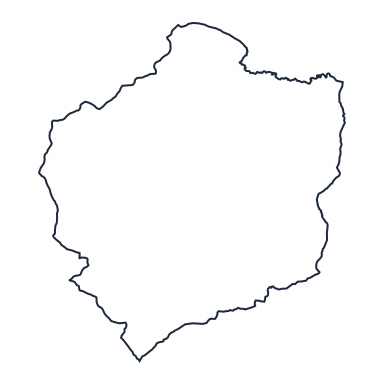 the district of Soveja, Vrancea, Romania
{"feature_id": "2599482B26543167890011", "entity_name": "Soveja", "entity_type": "district", "adm_level": 2, "iso_a3": "ROU", "parent_name": "Romania", "parent_adm1": "Vrancea", "projection": "equal_earth", "projection_center": [26.665, 46.015], "detail": "fine", "context": "isolated", "style": "outline", "palette": "slate", "viewbox_px": 384, "rotation_deg": 0, "n_neighbors": 0, "source": "geoboundaries", "source_scale": "gbopen_adm2", "svg_char_len": 5819}
<svg xmlns="http://www.w3.org/2000/svg" viewBox="0 0 384 384"><path d="M319.5,272.2L316.6,268.9L316.2,267.3L316.3,264.7L316.7,263.0L317.5,261.1L320.3,258.3L321.7,256.4L321.8,255.2L321.7,253.1L321.8,252.3L322.6,250.6L322.7,249.0L323.7,248.0L324.3,246.9L327.0,240.2L326.9,232.8L327.7,225.4L327.1,223.2L325.3,221.7L325.0,220.8L323.2,218.5L322.1,216.4L322.0,215.9L322.3,215.2L321.8,214.4L321.8,213.0L320.9,211.8L321.1,210.7L319.2,209.0L319.2,208.4L318.6,207.5L317.8,205.3L316.8,199.3L318.6,193.8L321.1,192.6L324.1,190.6L325.3,189.3L326.7,188.6L331.2,183.7L332.3,183.4L332.9,181.6L334.0,180.1L336.4,177.5L338.6,176.2L339.8,174.5L339.8,172.6L336.9,167.6L338.7,164.1L338.7,163.0L339.3,161.9L339.6,156.8L340.5,154.7L340.5,151.4L340.2,149.0L340.4,147.8L341.4,145.4L341.5,144.3L341.0,142.2L340.5,141.5L340.9,139.0L340.1,135.8L340.5,132.2L343.8,124.8L344.6,123.5L344.9,122.3L344.3,121.4L344.1,120.5L344.5,118.8L344.4,117.6L343.1,116.0L343.0,115.4L344.4,114.2L343.4,112.4L343.0,109.5L342.7,109.3L342.8,108.6L341.9,106.7L341.2,105.9L340.6,103.2L339.6,102.2L339.4,101.1L339.3,94.1L339.7,91.7L341.5,88.1L342.4,85.7L342.7,82.1L336.4,80.7L333.8,77.5L332.2,76.6L330.8,76.3L330.0,75.7L329.9,74.6L329.2,73.7L328.2,73.4L327.3,73.9L326.4,75.6L326.7,76.8L326.0,77.5L325.5,77.1L325.2,76.4L323.8,74.6L322.8,74.2L321.5,74.7L320.9,75.8L320.7,77.0L320.4,77.3L318.7,77.1L318.6,76.4L319.3,75.3L317.2,75.4L316.9,76.0L317.1,77.2L317.0,78.1L316.2,78.6L314.7,78.7L313.1,77.9L311.1,78.0L310.7,78.5L310.5,79.5L311.4,80.0L311.4,80.6L310.5,81.8L310.2,83.1L308.9,83.7L304.1,81.5L301.8,82.3L299.3,81.0L297.3,80.9L296.9,80.1L295.1,78.6L294.9,78.7L294.7,79.3L294.3,79.7L292.6,79.8L290.7,80.7L290.0,80.6L289.0,79.8L288.0,79.9L287.8,79.5L287.9,78.8L286.6,78.5L285.9,77.8L285.4,77.8L284.3,78.8L281.9,78.2L281.3,78.3L280.4,79.4L278.6,79.1L275.6,76.9L275.9,75.7L275.4,75.2L275.4,74.9L276.2,74.3L275.9,73.5L274.1,73.0L272.9,74.5L272.1,74.6L272.0,74.1L272.3,73.5L272.2,72.8L270.0,72.1L267.8,71.9L266.1,72.8L265.0,71.5L264.0,71.3L263.3,71.6L262.2,72.9L261.1,72.8L260.5,72.4L259.4,72.9L257.3,71.9L256.9,72.1L256.1,73.4L255.4,73.9L252.7,72.9L250.4,73.1L250.2,72.9L249.9,71.8L249.1,71.1L246.5,71.0L244.7,69.6L244.6,69.1L245.7,67.9L244.7,67.0L245.2,66.1L245.1,65.8L243.3,64.7L241.8,64.5L241.5,63.4L240.4,63.4L239.8,62.7L239.7,62.4L242.1,60.5L242.5,59.2L243.3,57.8L245.2,55.6L246.5,55.4L246.7,55.0L246.6,53.5L247.1,52.9L247.1,52.1L247.6,51.5L246.9,50.3L247.2,49.6L246.6,48.4L246.5,47.6L245.8,47.4L242.9,44.0L239.7,41.0L234.9,38.4L229.3,34.7L223.1,32.2L220.2,30.1L217.9,29.3L216.3,28.4L209.0,26.7L204.4,24.6L198.1,23.3L192.8,23.0L188.4,23.9L187.2,24.9L184.9,26.0L181.1,27.0L178.1,25.0L172.3,30.6L171.9,31.4L171.3,34.1L170.8,34.8L167.1,37.2L167.0,37.6L167.3,38.4L169.6,41.3L170.3,43.1L170.6,48.5L169.9,51.3L168.3,53.6L167.1,54.6L165.9,55.1L162.5,57.5L159.9,60.6L156.0,62.4L154.6,64.1L154.2,65.8L154.2,67.3L154.9,68.8L155.7,69.8L156.0,71.1L155.9,72.9L155.4,73.7L150.0,74.1L147.2,75.7L146.0,75.9L142.5,77.6L138.5,77.8L136.7,78.2L135.3,79.6L134.7,81.2L134.5,82.7L132.7,85.0L122.2,85.8L120.4,88.9L119.9,90.6L117.2,93.8L115.5,96.7L113.7,97.7L111.5,99.9L106.6,102.6L103.3,106.3L99.9,108.9L99.1,109.1L97.0,108.3L95.7,107.3L95.1,106.3L92.1,104.3L89.4,102.9L85.5,101.7L84.2,102.3L81.0,104.4L80.5,105.4L80.4,107.2L79.9,108.8L79.5,109.5L78.3,110.5L76.5,110.6L74.3,111.9L69.7,113.6L66.5,116.3L64.7,118.5L63.3,119.4L61.8,119.9L59.4,120.2L58.1,120.8L53.3,120.6L52.7,120.9L52.1,121.8L51.9,122.6L52.2,125.9L52.1,127.8L51.0,130.5L49.8,132.5L49.7,134.9L49.4,135.9L49.9,139.1L51.6,143.1L51.6,143.9L51.3,144.8L47.7,150.1L47.3,151.9L46.1,153.4L45.0,154.3L44.8,154.9L44.4,157.0L44.7,159.3L44.0,163.0L40.6,168.1L39.1,172.6L39.5,173.7L41.0,175.0L41.5,175.9L43.5,176.8L45.0,178.5L45.9,180.3L46.3,182.4L47.9,186.2L49.1,188.0L50.1,190.8L50.6,193.3L51.9,196.6L53.7,200.1L55.0,201.5L55.7,203.7L56.8,205.2L57.3,207.1L57.9,210.8L57.2,212.5L57.0,213.9L57.1,218.0L56.8,222.8L55.5,225.6L55.0,229.5L54.9,233.5L53.2,235.6L53.4,236.6L53.9,237.4L56.2,239.6L60.1,242.7L61.1,244.6L65.6,247.9L66.4,248.8L68.1,249.5L72.0,250.4L77.1,252.5L79.5,252.9L79.7,254.1L79.4,257.7L79.6,258.2L81.8,257.5L85.6,257.8L87.1,258.5L87.6,259.2L87.4,262.6L88.5,265.2L87.0,266.7L83.9,268.1L82.0,270.8L80.6,274.2L79.9,274.9L77.8,275.5L75.4,275.8L73.8,276.5L73.1,277.0L71.6,278.8L69.6,280.2L69.7,280.4L73.4,281.4L75.0,282.4L76.9,285.2L78.0,285.5L78.8,286.1L79.3,289.2L79.6,290.2L79.9,290.5L83.0,291.2L87.6,293.6L91.6,294.9L92.4,295.6L95.7,296.8L96.5,297.6L96.6,302.0L97.9,305.5L98.8,306.5L101.1,307.6L101.9,308.4L102.6,309.3L104.7,313.7L106.8,316.3L109.1,318.3L111.1,321.0L116.2,322.6L119.9,323.3L125.5,322.6L126.5,324.6L126.3,326.6L125.8,327.8L124.5,329.1L124.5,331.9L121.5,335.9L121.1,337.8L123.4,340.1L129.1,347.5L129.8,348.8L132.6,352.0L133.4,354.3L135.9,356.3L137.0,358.6L138.7,359.5L139.6,361.0L142.3,356.4L144.6,355.4L152.9,348.8L153.7,347.5L155.0,346.6L156.9,343.2L159.9,342.0L161.7,341.9L163.5,341.2L163.7,339.6L166.1,338.8L167.7,337.6L169.3,334.4L170.2,333.5L171.8,332.4L173.6,331.7L174.6,330.7L178.0,329.1L185.2,324.3L192.9,323.3L202.7,323.9L206.5,323.0L208.6,320.2L210.2,318.9L211.6,318.7L215.0,318.9L215.9,317.8L216.2,316.9L216.7,316.4L217.4,314.1L217.5,312.4L218.6,311.2L223.9,311.7L225.9,311.1L227.1,311.2L229.4,310.7L230.0,310.1L232.9,310.7L234.7,309.3L236.2,309.2L237.7,308.0L238.2,307.9L240.3,308.7L244.5,308.9L245.0,309.5L253.0,307.0L255.2,305.8L254.8,304.4L254.8,302.6L255.5,300.5L259.4,300.7L260.6,301.3L264.3,301.7L264.9,300.1L265.4,296.8L267.1,296.2L267.9,295.3L268.2,292.4L267.7,290.7L267.8,289.2L269.6,287.1L271.4,287.7L271.6,287.6L271.8,286.7L272.7,286.4L273.8,286.9L275.0,288.2L276.7,288.6L278.1,289.4L279.8,289.3L282.1,288.7L286.4,288.6L292.6,284.0L295.2,284.1L297.7,281.7L302.2,281.4L306.2,280.6L307.5,278.6L310.7,277.5L315.3,274.7L318.2,273.8L319.5,272.2Z" fill="none" stroke="#1e293b" stroke-width="2"/></svg>